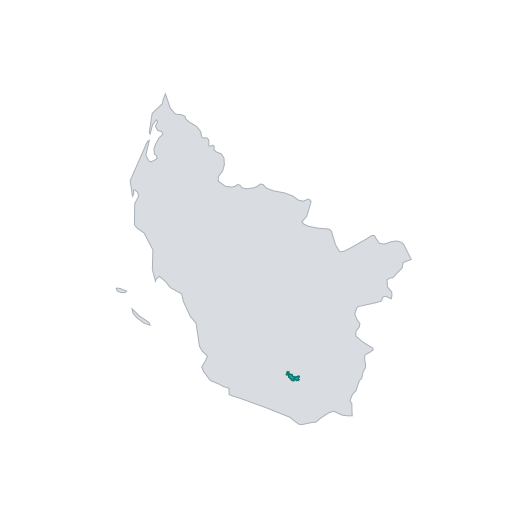 location of San Nicolas, Santa Bárbara, Honduras, rotated 247°
{"feature_id": "27666195B96632165697082", "entity_name": "San Nicolas", "entity_type": "district", "adm_level": 2, "iso_a3": "HND", "parent_name": "Honduras", "parent_adm1": "Santa Bárbara", "projection": "equal_earth", "projection_center": [-88.328, 14.902], "detail": "fine", "context": "in_parent", "style": "filled", "palette": "teal", "viewbox_px": 512, "rotation_deg": 247, "n_neighbors": 0, "source": "geoboundaries", "source_scale": "gbopen_adm2", "svg_char_len": 4153}
<svg xmlns="http://www.w3.org/2000/svg" viewBox="0 0 512 512"><g transform="rotate(247 256 256)"><path d="M440.7,236.0L425.3,234.8L418.1,237.3L415.0,242.8L412.3,245.3L410.0,244.7L405.4,246.9L398.5,251.9L392.3,253.7L386.7,252.5L385.1,253.8L384.7,255.4L383.9,256.9L381.7,257.8L379.2,257.3L376.4,255.6L375.0,256.3L374.8,259.6L373.3,260.4L370.5,258.9L367.3,260.1L363.7,263.9L358.7,264.8L352.3,262.5L347.2,258.4L343.7,252.2L339.4,250.6L332.0,255.2L328.9,260.6L328.3,263.9L329.0,266.8L327.7,268.8L324.2,269.8L321.6,273.4L319.8,279.7L319.5,284.6L320.6,288.0L318.9,290.5L314.4,292.1L309.1,297.6L303.0,306.8L296.9,313.3L290.8,316.9L287.9,321.0L288.1,325.5L287.7,326.9L286.6,327.4L284.6,328.0L272.8,318.3L269.4,311.5L266.5,312.6L262.8,316.0L257.6,323.6L252.1,334.0L249.4,335.1L235.5,333.6L228.1,334.5L226.6,335.9L225.9,339.7L226.3,344.8L228.4,363.1L229.6,370.7L228.5,373.0L224.7,373.4L219.8,374.4L217.2,377.9L216.6,381.4L216.3,386.4L214.8,391.5L211.8,395.2L208.8,396.5L192.2,397.5L192.5,389.0L187.7,385.6L184.9,378.5L182.5,373.8L183.3,370.9L183.1,367.5L176.3,364.9L170.0,366.9L166.3,365.6L163.7,363.8L168.3,359.6L168.6,357.0L167.1,355.2L165.6,354.0L166.0,349.2L167.0,343.6L169.5,330.6L168.6,328.3L164.3,324.4L159.0,324.0L153.1,325.2L150.2,323.2L147.7,318.7L143.5,316.6L136.1,320.1L128.2,325.5L125.8,327.5L123.8,327.2L122.9,323.2L122.5,318.4L122.0,317.2L117.8,315.5L112.8,314.3L110.3,313.0L108.0,309.7L102.1,305.5L100.8,302.4L92.9,295.3L91.3,291.7L89.5,289.1L85.8,285.9L82.8,286.6L72.8,282.6L71.3,282.2L72.7,278.6L75.9,273.0L82.7,266.9L83.3,261.9L81.5,252.3L79.7,246.1L80.7,243.4L82.9,232.2L84.5,229.6L94.4,224.0L95.3,223.2L103.1,215.3L111.8,206.6L120.8,196.9L130.8,186.2L136.3,179.8L138.9,177.1L144.7,179.4L149.2,174.3L151.8,172.6L158.0,166.5L159.9,165.1L170.2,162.6L175.1,162.7L179.5,168.9L182.9,172.2L189.4,169.3L194.9,168.7L217.4,174.5L226.3,171.9L242.7,171.4L250.1,172.8L260.5,164.7L267.2,163.0L275.0,159.2L273.9,155.3L272.0,153.6L284.0,155.3L301.9,163.5L320.9,162.0L327.7,157.6L332.1,156.3L351.6,164.8L356.8,171.3L360.8,171.9L363.9,170.4L364.7,169.1L360.9,167.7L359.2,165.6L374.5,169.6L403.6,200.5L404.2,203.0L391.8,193.9L385.3,194.6L383.6,196.0L384.0,201.0L384.6,203.3L387.4,203.6L389.5,202.3L394.6,203.9L398.0,207.2L402.2,212.3L404.6,217.8L407.3,217.9L409.9,214.6L414.8,214.1L418.0,217.9L420.3,217.6L417.1,211.9L409.6,206.2L411.3,205.9L427.9,216.2L432.7,229.1L436.6,232.0L440.7,236.0ZM246.2,125.3L236.7,131.5L233.7,131.4L238.0,126.6L245.1,122.5L251.0,120.4L255.9,121.3L246.2,125.3ZM278.7,118.7L274.2,123.3L273.4,121.2L275.5,116.9L278.2,114.5L280.9,114.7L280.3,116.6L278.7,118.7Z" fill="#d9dde1" stroke="#a8b0b8" stroke-width="1"/><path d="M128.8,248.5L129.0,244.6L129.3,244.5L129.3,244.4L129.3,244.5L129.5,244.6L130.9,242.6L132.9,242.8L132.9,242.7L132.8,242.4L132.8,242.1L132.8,241.9L133.0,241.9L133.3,241.8L134.4,240.6L134.5,240.6L134.7,240.4L134.8,240.5L134.9,240.4L135.0,240.4L135.3,240.4L135.5,240.4L135.6,240.2L135.8,240.2L136.0,240.2L136.0,240.3L136.3,240.4L136.4,240.5L136.4,240.4L136.5,240.4L136.6,240.5L136.7,240.4L136.8,240.4L137.0,240.3L137.1,240.5L137.1,240.4L137.1,240.2L137.0,239.9L137.0,239.6L137.0,239.3L137.0,239.2L136.9,239.1L136.7,239.0L136.5,239.3L136.5,239.2L136.4,239.2L136.3,238.9L136.2,238.9L135.9,238.8L135.8,238.7L135.7,238.6L135.4,238.4L135.3,238.2L135.2,238.0L135.2,237.9L135.0,238.0L134.9,238.0L134.9,237.9L134.7,237.8L134.6,238.0L134.5,238.3L134.5,238.5L134.4,238.5L134.4,238.8L134.4,239.0L134.5,239.2L134.5,239.3L134.4,239.4L134.4,239.5L134.3,239.8L134.3,239.7L134.2,239.7L133.9,239.5L133.7,239.5L133.4,239.5L133.3,239.4L133.2,239.4L133.0,239.2L132.9,239.2L132.7,239.1L132.4,239.1L132.2,239.1L131.9,239.2L131.7,239.0L131.6,238.9L131.5,239.1L131.5,239.3L131.4,239.4L131.4,239.5L130.2,239.6L129.5,239.7L129.5,239.8L129.5,240.0L129.5,240.3L129.4,240.4L129.3,240.5L129.2,240.5L128.9,240.6L128.7,240.6L128.0,240.2L126.8,241.2L126.8,241.3L126.8,241.5L126.7,241.6L126.6,241.8L126.6,242.0L126.5,242.3L126.8,242.3L128.3,242.7L128.0,243.5L126.8,244.3L125.7,244.4L125.0,246.1L125.4,247.3L126.1,246.9L127.2,247.2L127.9,248.7L128.0,248.7L128.3,248.7L128.5,248.6L128.8,248.5Z" fill="#14b8a6" stroke="#0f766e" stroke-width="1.5"/></g></svg>